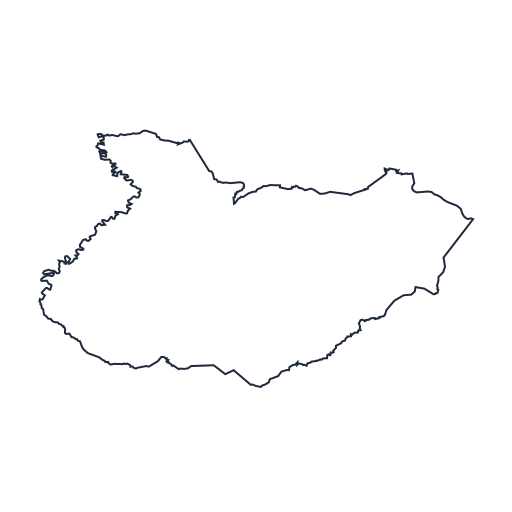 the district of Chatturat, Chaiyaphum, Thailand, rotated 267°
{"feature_id": "78962969B33448846047594", "entity_name": "Chatturat", "entity_type": "district", "adm_level": 2, "iso_a3": "THA", "parent_name": "Thailand", "parent_adm1": "Chaiyaphum", "projection": "equal_earth", "projection_center": [101.87, 15.566], "detail": "fine", "context": "isolated", "style": "outline", "palette": "slate", "viewbox_px": 512, "rotation_deg": 267, "n_neighbors": 0, "source": "geoboundaries", "source_scale": "gbopen_adm2", "svg_char_len": 6052}
<svg xmlns="http://www.w3.org/2000/svg" viewBox="0 0 512 512"><g transform="rotate(267 256 256)"><path d="M209.8,435.4L212.9,436.3L213.6,435.3L215.3,435.8L216.8,435.2L221.5,436.8L225.4,437.1L229.9,442.0L235.4,444.2L244.6,443.2L281.4,474.7L282.4,472.6L281.8,470.0L282.5,468.1L284.5,465.9L287.0,464.5L292.4,462.9L295.7,459.3L299.9,450.0L302.6,446.0L305.1,443.6L307.3,440.0L308.0,437.7L310.8,434.5L311.4,430.7L311.1,419.9L312.4,417.2L314.7,415.5L317.4,415.7L320.4,417.9L330.1,416.5L330.0,411.6L330.6,411.1L329.9,405.7L330.8,405.7L331.5,401.2L334.0,402.6L333.4,400.4L334.8,400.4L336.4,393.8L334.8,392.8L336.6,389.1L335.1,389.1L334.6,390.9L333.4,389.7L332.7,390.7L331.2,390.2L319.0,371.5L317.2,371.1L317.3,368.8L316.5,368.7L316.7,367.3L316.2,367.2L313.7,357.5L311.9,353.6L312.9,351.2L316.2,333.4L314.8,327.9L314.7,323.2L319.1,317.3L320.4,314.3L319.1,308.5L321.3,305.0L321.6,302.5L322.8,301.8L324.1,299.6L323.0,298.4L323.2,297.1L322.6,296.5L323.0,295.5L321.3,295.0L321.1,291.4L323.3,283.4L325.3,283.7L326.1,273.7L325.2,269.7L325.5,267.1L324.2,265.4L322.4,260.6L320.4,259.3L320.2,255.8L318.9,251.7L315.6,246.3L315.9,244.0L314.6,242.8L314.1,241.2L310.2,238.1L309.4,236.8L315.6,236.6L315.8,237.9L318.4,238.4L318.8,239.3L319.5,238.8L319.8,239.8L321.1,240.4L321.0,241.8L321.9,242.9L322.4,245.3L323.8,246.0L324.5,247.3L325.6,247.1L326.4,247.9L328.3,247.6L329.8,246.5L330.5,243.8L330.1,234.3L331.0,229.4L330.7,227.0L332.2,223.2L331.9,222.1L334.5,220.5L334.9,218.3L340.8,217.1L342.8,215.9L343.3,213.7L375.4,196.0L375.4,195.1L374.2,194.7L373.7,193.3L374.2,190.0L372.9,188.4L371.7,184.2L373.0,185.0L373.4,184.0L372.9,182.8L375.8,174.4L376.1,170.8L377.4,166.4L379.8,165.2L380.0,163.5L383.2,162.4L387.0,152.4L386.8,149.8L384.7,146.2L384.4,141.9L385.0,140.0L384.2,137.5L384.2,134.3L383.5,131.3L384.7,127.0L383.1,124.9L382.9,123.6L384.4,118.8L384.0,116.3L384.2,115.0L384.8,114.8L384.8,113.2L384.0,112.3L384.1,110.2L384.6,108.8L385.7,108.1L386.2,105.5L385.7,104.2L382.8,105.1L383.5,108.0L383.0,109.7L381.3,110.3L380.1,109.9L379.4,106.6L377.6,107.3L377.3,109.7L375.1,109.9L376.8,104.3L374.9,103.7L373.7,102.3L372.9,102.5L371.7,104.8L370.3,105.7L369.3,110.5L367.5,112.2L367.1,111.6L368.0,110.4L367.9,108.7L368.8,106.4L368.5,105.0L366.2,105.8L366.6,109.3L365.9,111.1L364.6,111.8L362.9,111.3L364.3,106.0L361.2,106.3L360.0,110.1L360.0,114.6L358.8,115.9L356.6,115.6L355.8,117.5L355.7,120.5L354.9,120.4L354.4,117.8L353.0,116.7L352.1,117.2L353.2,118.1L353.2,119.1L351.5,121.5L348.8,116.4L347.5,116.7L347.9,119.3L347.2,120.1L344.9,117.2L344.2,117.1L343.0,121.5L346.2,122.0L348.0,125.3L347.4,126.1L344.7,125.2L343.7,131.7L341.8,132.5L341.3,131.0L341.8,128.9L340.8,128.4L338.2,130.5L338.5,135.5L337.6,136.8L336.5,137.0L334.2,134.5L332.4,136.4L331.5,139.6L330.2,140.5L328.8,144.0L327.1,144.3L325.5,141.9L324.2,143.2L323.0,143.0L320.8,141.7L320.6,139.7L321.8,138.1L321.8,136.7L319.2,133.7L318.2,131.1L316.0,131.6L314.5,134.5L313.5,132.7L313.4,129.9L311.3,129.9L309.9,132.8L307.9,130.4L305.4,129.5L305.4,127.4L306.8,124.2L307.5,117.8L306.1,117.8L305.7,119.9L305.0,120.3L303.5,117.7L300.6,116.6L300.8,114.9L302.3,114.2L302.7,113.2L298.9,110.3L298.7,108.5L299.8,106.2L299.9,104.5L298.7,104.2L295.1,106.9L294.9,103.1L296.5,101.9L296.6,101.2L295.9,99.7L294.0,98.5L293.6,97.0L292.2,96.6L288.9,97.8L285.7,96.4L284.3,91.2L283.5,90.8L281.7,91.8L279.9,89.6L280.2,87.7L281.7,86.7L281.0,84.1L276.5,80.8L274.4,80.7L272.4,83.9L271.4,83.9L271.1,82.0L272.1,79.0L271.2,76.8L269.3,76.7L267.2,78.9L266.2,77.9L266.0,75.8L263.9,77.3L262.8,76.8L262.8,74.5L260.0,72.7L258.1,69.5L258.1,68.4L259.4,68.3L262.7,70.3L265.7,67.6L265.7,65.7L264.6,65.1L261.2,65.6L259.9,66.6L258.1,65.7L258.5,64.5L259.7,64.2L260.8,62.8L261.7,58.9L260.2,59.8L258.2,58.9L255.6,59.4L253.8,58.4L250.8,59.2L249.4,58.5L249.0,56.6L251.7,53.6L252.0,50.8L253.1,48.1L251.9,43.6L250.2,42.5L248.8,43.5L249.8,52.7L248.9,53.4L247.2,52.4L246.6,51.3L247.7,47.0L245.8,42.4L244.0,40.3L242.8,40.2L242.3,41.2L242.3,45.8L239.1,47.5L238.0,50.0L236.6,50.1L233.2,48.8L233.4,47.7L235.0,45.7L235.0,44.5L230.8,40.2L229.7,40.5L227.7,43.1L223.9,40.6L223.6,38.9L224.3,38.0L222.3,37.3L220.0,38.5L219.0,38.2L218.2,39.1L215.2,39.3L214.2,40.6L208.4,41.3L207.2,43.1L204.4,45.2L203.8,47.9L201.4,49.4L200.2,52.6L200.1,54.6L198.6,55.5L197.9,57.6L196.5,58.8L196.1,60.1L195.1,59.9L194.3,61.2L193.0,61.5L189.2,61.2L188.1,62.3L188.3,65.6L184.7,67.4L184.3,69.3L182.2,72.0L182.4,72.8L180.7,73.8L180.0,75.8L174.0,77.6L171.2,79.4L167.8,83.0L163.1,94.0L160.2,97.4L159.2,99.5L158.1,99.9L157.8,102.9L156.9,102.9L155.2,105.1L155.7,108.7L155.0,117.5L155.5,118.2L155.0,120.4L155.3,121.8L153.7,124.5L152.0,124.9L152.3,125.7L151.9,127.2L150.8,127.9L149.9,130.2L150.6,131.8L151.8,140.5L151.2,143.3L156.0,152.4L160.1,156.1L160.0,158.8L158.3,160.5L158.6,161.4L157.4,161.4L156.8,162.9L155.5,161.4L155.2,162.4L154.4,162.1L154.3,163.3L153.8,163.2L152.8,165.1L150.6,166.6L151.1,167.5L147.0,173.0L147.5,174.5L147.0,178.7L147.4,182.2L149.5,185.5L149.1,208.1L139.6,219.1L143.1,227.7L127.6,244.1L127.9,245.7L126.3,248.9L125.0,254.0L126.4,255.5L127.0,258.1L129.2,262.2L132.2,263.3L134.9,271.8L139.2,275.4L140.5,280.6L140.3,283.0L143.2,283.5L145.3,287.3L145.3,289.3L147.7,291.8L145.2,291.5L146.5,292.9L145.4,296.8L144.6,297.3L144.8,298.9L143.7,300.7L146.1,301.8L146.8,305.1L147.6,305.7L148.0,310.8L148.5,311.4L148.2,312.3L149.4,314.8L149.0,315.6L149.3,316.6L150.2,317.7L150.2,321.6L153.3,322.0L154.0,323.5L153.0,324.4L153.1,325.1L155.8,325.6L155.4,327.4L156.0,328.6L157.2,328.1L160.2,331.1L162.2,331.1L164.4,336.5L165.6,336.9L166.5,338.6L166.8,340.4L168.9,341.2L170.3,343.2L170.8,343.1L170.9,346.7L173.0,346.7L172.4,347.9L174.3,350.3L174.2,353.7L176.3,354.3L176.5,356.6L178.5,355.8L180.2,356.3L183.3,355.2L186.5,357.1L186.8,359.2L185.2,361.3L185.7,362.5L186.3,362.4L186.5,365.8L187.3,366.4L187.8,368.0L187.9,371.3L187.0,371.4L186.7,372.1L187.4,374.0L187.1,374.5L187.9,376.3L188.5,376.0L189.3,380.5L190.7,381.8L195.2,383.4L204.1,391.8L209.1,401.4L209.3,409.0L212.3,412.7L216.6,413.7L214.6,422.4L208.5,431.3L208.7,433.1L209.3,433.3L209.8,435.4Z" fill="none" stroke="#1e293b" stroke-width="2"/></g></svg>